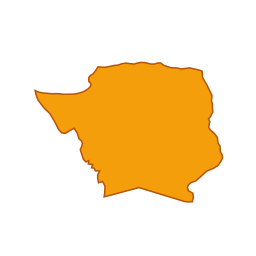 the district of Baía Formosa, Rio Grande do Norte, Brazil, rotated 283°
{"feature_id": "56859067B10587440144347", "entity_name": "Baía Formosa", "entity_type": "district", "adm_level": 2, "iso_a3": "BRA", "parent_name": "Brazil", "parent_adm1": "Rio Grande do Norte", "projection": "orthographic", "projection_center": [-35.036, -6.42], "detail": "fine", "context": "isolated", "style": "filled", "palette": "amber", "viewbox_px": 256, "rotation_deg": 283, "n_neighbors": 0, "source": "geoboundaries", "source_scale": "gbopen_adm2", "svg_char_len": 1546}
<svg xmlns="http://www.w3.org/2000/svg" viewBox="0 0 256 256"><g transform="rotate(283 128 128)"><path d="M200.1,187.4L200.5,183.2L200.4,178.2L200.5,174.9L199.2,171.1L197.5,166.5L197.5,161.8L196.7,158.2L196.4,155.4L196.8,151.9L197.2,148.5L198.7,145.2L198.1,142.5L196.3,139.4L195.5,136.1L195.5,132.8L195.5,129.3L194.9,126.3L193.7,123.1L191.7,119.6L191.1,115.2L190.9,111.7L189.3,107.7L187.0,104.0L186.1,101.1L184.5,97.7L183.2,94.7L182.1,92.1L181.4,89.3L180.9,85.0L176.4,83.5L172.8,81.7L170.9,79.7L168.3,78.4L164.4,79.4L162.7,82.1L159.9,82.0L157.3,80.4L154.1,77.4L151.7,73.7L150.1,70.7L148.9,67.7L147.6,62.9L146.7,59.1L146.1,56.0L145.9,53.0L145.2,49.7L144.3,46.4L143.9,43.7L143.5,40.6L143.0,36.9L142.9,32.9L143.6,29.1L138.9,31.4L134.7,34.3L128.2,42.3L124.5,48.6L116.7,56.0L111.0,60.6L108.3,64.6L108.7,68.1L115.7,75.5L111.5,79.7L106.5,82.7L104.9,85.6L102.8,87.0L99.3,87.0L96.3,86.3L87.4,91.6L85.5,94.7L87.3,97.2L84.0,97.4L84.4,101.8L81.1,101.4L81.2,104.2L78.9,105.8L79.7,110.0L75.1,109.0L71.6,110.0L68.0,111.6L70.1,115.2L66.3,118.6L62.3,119.4L59.5,119.9L55.5,120.2L72.4,152.1L69.1,199.3L69.4,202.7L70.6,207.2L75.0,207.3L79.0,205.9L80.5,201.0L83.4,199.3L86.1,199.6L88.9,201.6L91.7,206.0L104.0,214.7L107.7,220.1L111.6,224.0L115.3,225.7L120.2,226.9L123.1,225.7L125.6,223.4L131.0,221.7L133.5,219.2L139.0,217.1L142.3,213.1L144.7,208.6L146.7,206.5L152.7,206.2L155.0,204.3L157.4,205.7L162.6,207.0L166.2,205.9L170.2,204.9L173.3,203.2L178.4,202.6L187.3,195.6L191.7,191.3L194.5,189.1L200.1,187.4Z" fill="#f59e0b" stroke="#b45309" stroke-width="1.5"/></g></svg>